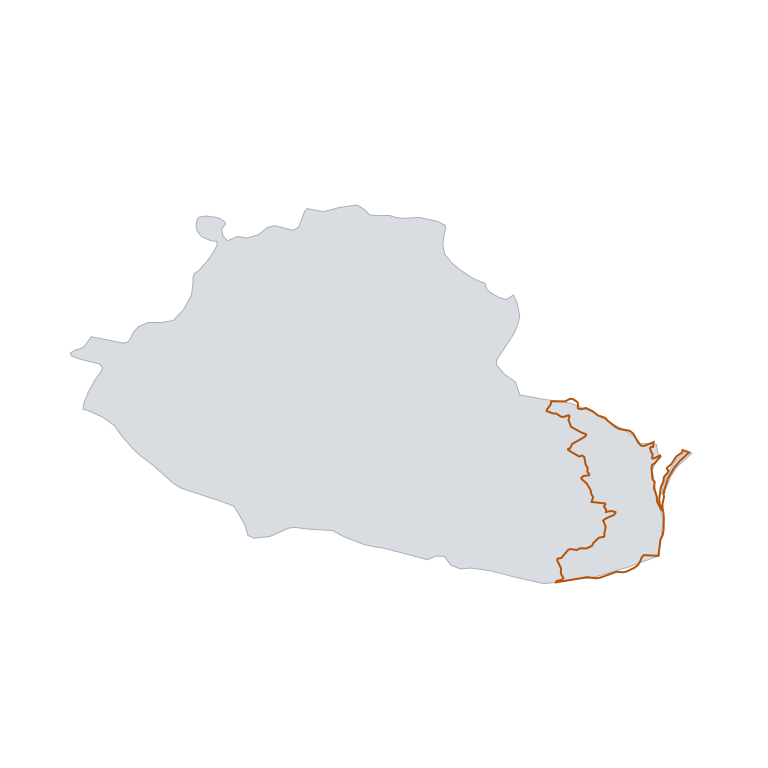 Lithuania, with Klaipedos highlighted, rotated 189°
{"feature_id": "LTU-935", "entity_name": "Klaipedos", "entity_type": "County", "adm_level": 1, "iso_a3": "LTU", "parent_name": "Lithuania", "parent_adm1": "", "projection": "robinson", "projection_center": [21.636, 55.706], "detail": "medium", "context": "in_parent", "style": "outline", "palette": "amber", "viewbox_px": 768, "rotation_deg": 189, "n_neighbors": 0, "source": "natural_earth", "source_scale": "10m", "svg_char_len": 3841}
<svg xmlns="http://www.w3.org/2000/svg" viewBox="0 0 768 768"><g transform="rotate(189 384 384)"><path d="M270.1,492.1L265.5,485.3L260.7,473.1L261.1,463.4L263.7,453.7L276.6,425.0L275.9,420.5L266.4,412.4L254.6,406.6L248.1,394.5L224.3,393.8L202.0,394.5L194.9,393.9L173.6,388.9L153.1,380.8L139.4,376.1L127.8,370.8L121.7,365.2L111.8,366.7L105.2,366.7L105.3,365.8L101.5,355.9L105.5,340.9L98.4,318.8L86.9,292.3L86.1,263.9L85.3,257.5L113.9,241.5L150.0,224.4L158.1,222.8L191.3,212.7L195.7,211.9L225.5,213.8L249.0,216.2L268.8,215.9L279.6,213.3L289.5,215.5L297.5,223.1L305.6,222.2L313.6,217.3L357.9,221.8L367.9,221.7L379.2,222.4L400.0,227.0L412.0,231.2L438.2,228.7L449.4,228.5L455.3,226.9L473.1,215.4L480.9,213.4L488.1,211.3L494.7,213.1L499.2,222.9L513.0,239.9L527.7,242.8L568.1,249.4L576.4,252.8L599.6,267.8L613.4,275.1L622.2,281.0L635.8,292.5L643.7,300.8L656.7,307.2L672.0,311.4L677.4,312.1L677.4,318.2L675.1,328.5L670.5,341.8L665.5,352.1L664.4,356.1L668.5,359.4L688.5,361.0L697.0,362.8L698.8,365.5L694.5,369.1L688.2,372.1L685.5,374.9L680.7,384.9L647.5,383.6L643.2,385.7L641.2,390.3L639.7,395.7L635.6,402.1L626.9,407.8L613.2,409.9L602.0,413.8L593.8,425.7L588.0,441.8L588.4,453.2L589.4,459.6L588.7,463.2L584.6,467.2L577.8,477.7L572.4,489.3L570.4,495.6L571.6,498.5L578.0,498.6L587.3,501.0L592.3,505.6L594.3,511.0L594.4,516.8L592.8,519.9L585.4,522.2L573.8,522.3L567.0,519.6L565.5,517.4L568.6,511.8L566.1,504.9L561.2,501.0L551.6,506.8L542.2,506.8L531.0,512.0L523.8,520.2L516.8,523.3L497.7,521.6L493.0,525.2L489.4,542.0L487.2,545.3L471.2,544.6L455.9,551.3L438.6,556.7L429.8,552.9L424.8,548.7L415.3,549.5L405.0,551.3L398.1,550.3L390.3,550.7L375.3,554.0L356.4,553.0L348.3,550.2L347.5,547.5L348.0,541.0L347.7,530.8L344.6,521.8L335.5,513.9L326.0,508.3L313.8,502.6L304.8,500.1L299.9,499.4L298.8,496.1L297.0,493.3L292.8,490.8L283.8,487.4L276.3,486.7L270.1,492.1ZM75.4,364.7L69.2,363.7L81.5,348.1L86.2,337.9L89.5,323.5L92.4,319.0L92.5,325.5L91.2,336.4L83.4,355.0L75.4,364.7Z" fill="#d9dde1" stroke="#a8b0b8" stroke-width="1"/><path d="M86.1,257.2L100.7,255.6L102.3,253.0L103.1,249.3L104.9,244.9L107.6,241.9L115.3,236.6L118.6,235.4L125.1,234.9L139.9,226.7L143.8,225.3L153.2,225.0L183.0,215.0L182.7,216.4L177.5,218.6L176.4,220.3L179.7,224.4L180.3,229.7L185.2,236.6L185.4,238.5L181.7,239.9L176.1,249.0L174.1,250.1L167.4,250.3L164.6,252.4L158.2,253.3L153.2,256.7L152.5,259.5L147.7,265.8L142.9,267.5L142.5,268.4L143.0,270.8L142.7,277.6L146.2,283.5L143.3,286.3L136.2,290.8L135.2,292.9L135.4,293.8L139.9,294.1L144.8,292.3L145.0,294.7L147.6,297.4L146.5,299.8L147.0,300.6L160.5,300.0L159.8,305.0L161.9,307.6L163.5,311.7L168.2,317.4L173.9,321.0L174.4,322.2L172.7,324.3L167.1,326.0L167.3,327.3L169.3,329.0L170.0,333.5L172.1,335.7L174.9,343.4L177.1,344.3L179.9,342.9L191.9,347.6L192.0,348.7L190.3,349.4L188.7,354.3L177.5,363.2L176.4,365.0L176.7,366.1L181.4,366.9L192.5,370.9L196.2,377.4L195.7,381.1L196.2,381.8L197.1,381.9L201.1,379.7L203.9,379.3L209.2,381.7L212.6,381.4L219.0,382.7L219.2,384.3L216.3,389.3L216.1,393.1L202.5,395.1L197.9,398.5L195.4,398.7L190.1,396.5L189.2,394.3L188.8,390.5L187.5,389.9L184.7,390.1L181.0,391.9L173.5,389.7L167.8,386.4L160.4,385.2L156.7,382.3L149.1,378.0L144.8,376.4L133.9,376.2L130.0,373.9L123.4,365.6L120.1,363.2L117.4,363.5L108.6,368.8L108.3,364.0L110.5,363.6L111.2,362.3L109.3,358.2L107.8,357.0L107.5,352.5L106.4,352.4L100.2,356.6L99.6,355.6L104.0,348.4L106.6,345.9L106.6,342.6L103.9,332.0L101.4,329.7L101.0,323.2L97.0,315.6L95.9,310.6L90.8,303.7L88.2,301.6L86.7,295.6L85.1,284.1L85.1,278.2L86.6,273.5L86.1,257.2ZM78.8,365.5L71.9,364.2L79.9,354.2L84.5,346.1L88.9,335.1L90.8,321.4L90.2,320.8L90.8,319.5L89.8,316.7L90.2,308.3L89.3,304.6L92.7,307.7L94.2,313.7L94.4,325.5L92.9,331.1L92.9,336.2L90.0,340.7L89.4,342.8L91.4,344.6L91.4,345.5L87.9,349.4L84.0,358.0L78.8,363.1L78.8,365.5Z" fill="none" stroke="#b45309" stroke-width="2"/></g></svg>